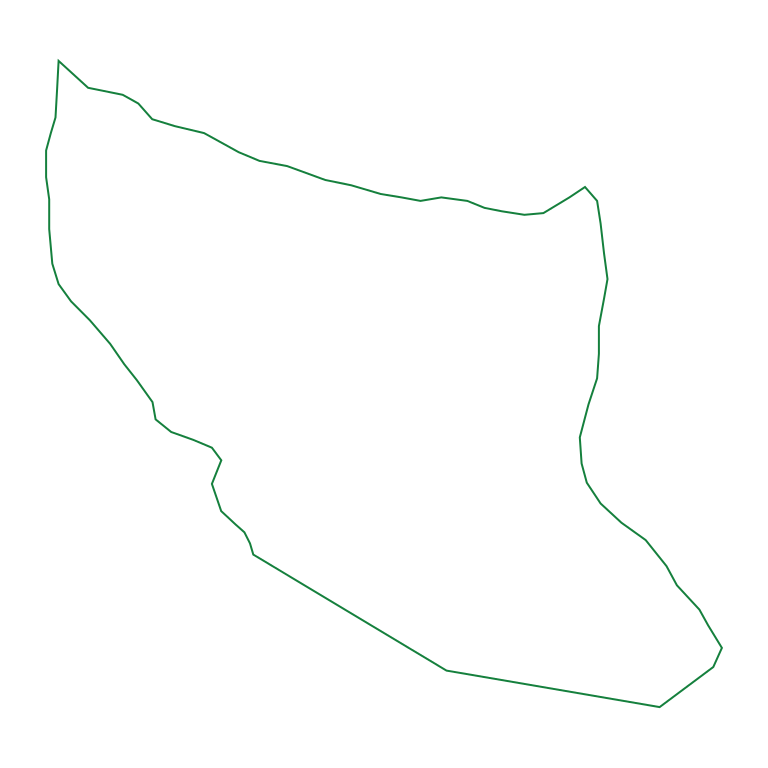 Lapithos, Cyprus (Albers equal-area conic projection)
{"feature_id": "46923920B16403791533064", "entity_name": "Lapithos", "entity_type": "district", "adm_level": 2, "iso_a3": "CYP", "parent_name": "Cyprus", "parent_adm1": "", "projection": "albers", "projection_center": [33.164, 35.337], "detail": "fine", "context": "isolated", "style": "outline", "palette": "green", "viewbox_px": 768, "rotation_deg": 0, "n_neighbors": 0, "source": "geoboundaries", "source_scale": "gbopen_adm2", "svg_char_len": 986}
<svg xmlns="http://www.w3.org/2000/svg" viewBox="0 0 768 768"><path d="M211.9,483.9L221.2,511.1L235.6,524.5L244.4,532.3L250.0,543.4L253.3,554.6L446.5,670.6L659.6,707.1L713.3,667.0L721.9,647.9L708.1,625.3L699.4,609.6L676.9,585.3L666.5,566.1L645.7,540.1L621.4,522.7L600.6,503.5L586.8,482.7L581.6,463.5L579.8,437.4L588.5,404.4L597.1,378.3L598.9,353.9L598.9,326.1L604.1,298.3L607.5,279.1L604.0,253.1L600.6,223.5L597.1,200.9L585.0,187.0L569.4,197.4L543.4,213.1L524.4,214.8L501.9,211.3L484.6,207.9L467.3,200.9L441.3,197.4L420.5,200.9L401.5,197.4L380.7,194.0L351.3,185.3L325.3,180.0L287.2,166.1L259.5,160.9L238.7,152.2L204.1,133.1L174.7,126.1L152.2,119.2L138.3,103.5L122.7,94.8L88.1,87.8L58.6,60.9L57.1,89.2L55.5,117.5L50.8,133.2L46.1,150.5L46.1,177.2L49.2,199.3L49.2,229.1L52.3,263.7L58.6,284.1L71.1,301.4L89.9,320.3L110.2,343.9L124.3,364.3L136.8,380.1L152.5,402.1L155.6,419.4L171.2,432.0L193.1,439.8L211.9,447.7L221.3,460.3L211.9,483.9Z" fill="none" stroke="#15803d" stroke-width="2"/></svg>